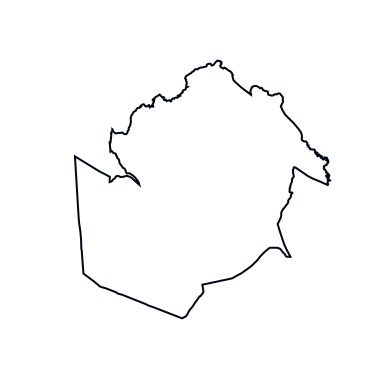 Pokot South, Rift Valley, Kenya, rotated 61°
{"feature_id": "3690345B29187481268385", "entity_name": "Pokot South", "entity_type": "district", "adm_level": 2, "iso_a3": "KEN", "parent_name": "Kenya", "parent_adm1": "Rift Valley", "projection": "orthographic", "projection_center": [35.249, 1.339], "detail": "fine", "context": "isolated", "style": "outline", "palette": "ink", "viewbox_px": 384, "rotation_deg": 61, "n_neighbors": 0, "source": "geoboundaries", "source_scale": "gbopen_adm2", "svg_char_len": 5879}
<svg xmlns="http://www.w3.org/2000/svg" viewBox="0 0 384 384"><g transform="rotate(61 192 192)"><path d="M104.1,277.1L156.6,302.2L163.5,305.4L172.9,309.0L181.3,312.8L187.9,316.3L189.5,316.7L210.7,326.5L223.4,320.8L230.4,318.1L234.3,314.2L243.3,306.7L244.7,306.3L248.1,302.8L267.7,286.8L270.5,284.9L273.5,282.1L297.7,261.9L297.8,258.0L297.6,257.3L296.7,255.2L295.2,253.2L294.0,251.0L292.3,246.6L290.5,243.4L288.4,238.8L287.0,236.2L287.2,235.7L287.0,234.4L286.6,233.8L285.6,231.3L284.6,230.2L278.1,227.9L287.1,198.4L286.9,194.8L287.0,187.9L285.8,177.7L285.0,173.8L284.2,171.3L283.6,168.7L281.4,163.5L279.6,157.4L278.6,152.0L278.6,150.7L281.4,145.7L282.6,143.9L283.7,143.0L285.3,142.2L287.2,142.1L288.7,141.6L289.4,141.7L290.8,141.0L293.2,141.0L294.1,140.9L295.0,139.9L295.4,138.5L295.8,138.1L296.4,137.9L296.5,137.3L288.4,137.2L282.7,136.8L268.7,134.2L261.5,132.6L257.9,127.3L255.9,125.3L254.2,124.6L253.7,124.2L251.9,122.2L251.6,121.2L250.9,120.1L250.6,118.9L249.5,116.8L249.0,115.1L247.9,113.1L247.4,112.6L246.3,112.2L245.8,111.6L244.8,109.0L243.8,107.6L243.2,107.3L241.9,106.0L241.6,104.7L241.0,104.7L240.8,105.2L239.6,106.6L238.2,106.2L237.5,105.4L236.0,104.7L235.7,103.9L235.2,103.5L234.5,103.4L231.1,99.3L229.9,98.5L229.2,98.3L228.7,97.6L228.7,97.0L227.9,95.6L227.4,95.2L224.2,94.4L223.8,93.9L221.6,93.1L221.1,92.1L219.8,90.9L220.0,90.4L221.0,89.5L234.2,82.9L238.8,79.9L244.0,75.7L251.7,69.9L251.1,69.0L250.0,69.3L248.2,67.8L249.0,66.0L248.8,65.6L247.6,66.5L246.5,67.1L245.9,66.9L246.0,65.6L245.7,65.3L245.2,65.3L245.2,66.0L245.0,66.6L243.3,67.0L242.8,66.8L242.6,66.2L242.7,65.6L244.0,64.8L244.4,64.2L243.9,63.8L243.1,63.8L242.6,64.2L242.0,64.4L241.1,64.3L240.6,64.6L240.2,65.2L239.6,65.2L239.1,64.6L237.4,64.8L236.8,64.9L236.3,65.4L235.0,65.2L234.7,64.6L233.5,64.3L233.3,62.9L233.6,61.4L233.4,60.9L232.8,60.3L232.8,59.7L232.4,58.8L231.8,59.1L231.4,58.8L231.1,57.9L230.3,57.6L229.2,59.2L228.6,58.8L228.4,58.3L228.8,57.7L228.2,57.5L227.4,57.5L226.0,59.4L227.3,60.5L227.4,61.2L226.8,61.7L226.2,61.2L224.6,62.6L224.0,62.6L224.1,61.8L223.9,61.2L223.3,61.4L222.3,62.3L221.1,62.6L220.8,63.1L221.8,63.7L221.7,64.7L221.2,64.9L219.7,64.8L219.3,64.5L219.4,63.9L219.9,63.5L219.3,63.4L218.1,63.5L217.6,64.0L217.9,64.6L217.9,65.2L216.4,65.0L216.0,64.5L214.5,64.3L213.9,64.6L213.9,65.1L213.7,65.6L213.0,66.3L211.9,67.9L211.4,68.0L210.9,67.5L209.0,68.4L207.9,67.5L207.2,68.4L206.6,68.4L205.7,67.7L204.9,67.5L204.2,67.7L203.3,67.6L202.9,68.0L202.1,69.4L200.2,70.6L199.6,70.6L198.6,70.2L196.6,68.8L195.3,68.3L192.1,67.8L188.8,68.2L180.6,69.8L169.9,73.0L163.6,73.2L161.8,72.9L160.3,72.9L159.6,72.3L159.3,71.5L158.1,70.0L157.1,68.4L155.2,67.8L153.2,66.6L149.1,67.2L148.5,67.5L147.8,68.4L147.6,69.1L147.6,70.7L146.6,72.5L146.9,74.1L146.1,75.9L145.0,76.9L144.6,77.6L143.7,78.0L143.0,77.9L140.8,77.0L139.0,79.2L137.4,80.3L134.6,80.6L134.5,81.6L134.2,82.1L132.0,83.2L130.8,84.0L130.1,84.9L129.8,85.5L129.3,87.5L129.3,88.3L129.5,89.1L130.6,90.1L131.0,90.9L133.1,92.7L135.0,92.8L135.7,93.2L124.5,98.2L117.6,100.6L114.2,101.5L111.0,100.7L109.3,100.0L109.3,99.5L108.0,99.7L106.8,99.4L105.6,100.0L104.9,100.0L103.7,101.1L102.1,101.6L99.1,103.2L99.3,104.6L98.4,104.9L97.7,105.9L97.0,106.0L96.4,106.3L95.1,106.1L94.5,104.4L93.9,103.9L93.3,104.1L92.9,103.3L92.3,103.3L91.8,103.8L91.1,104.0L91.0,104.6L89.4,106.0L89.8,108.0L91.2,111.5L91.3,112.3L91.1,113.3L90.6,113.5L89.6,113.4L88.8,113.7L88.1,114.8L87.8,116.1L87.8,116.9L88.2,117.7L88.9,118.1L89.1,119.2L88.6,120.6L88.1,122.6L87.3,124.2L87.1,125.8L87.4,127.4L87.3,128.0L86.3,129.3L86.2,129.8L86.3,130.4L87.2,131.9L87.0,133.3L87.6,135.1L87.5,136.6L87.8,141.0L88.0,141.5L89.0,142.7L89.5,143.0L89.9,142.7L90.8,142.8L92.1,143.4L93.1,143.3L93.5,143.6L94.2,143.7L96.4,145.7L97.0,145.7L97.9,144.9L97.8,146.6L98.1,147.1L98.7,147.3L99.2,147.9L98.8,150.4L99.5,151.6L100.3,151.7L100.5,152.1L100.5,153.6L100.7,154.4L101.6,155.7L102.2,155.6L102.2,156.1L101.1,156.8L100.8,157.3L101.0,158.0L102.4,158.2L102.4,158.9L101.3,161.4L101.4,161.9L101.7,162.3L100.9,163.2L100.9,163.8L101.3,164.1L101.6,165.9L102.5,166.2L102.4,166.8L101.2,166.7L100.9,167.1L100.1,170.1L99.5,169.9L98.5,170.2L98.3,171.4L98.1,171.8L96.5,171.5L95.9,170.6L95.3,170.8L94.9,171.4L95.5,171.8L95.1,172.2L92.0,172.7L91.3,172.9L91.0,173.3L91.4,175.2L91.3,177.3L91.5,178.8L91.9,179.3L91.9,180.4L92.2,181.6L92.8,181.9L93.4,181.4L93.5,180.7L94.5,181.6L95.1,181.9L95.2,182.6L96.1,183.6L96.2,184.2L96.6,184.5L97.8,184.7L98.0,184.3L98.5,184.6L97.6,185.9L97.0,186.1L96.9,186.8L97.6,187.9L97.1,188.1L96.0,187.4L95.2,187.4L95.0,187.9L95.2,189.2L94.9,190.9L93.6,191.4L92.2,191.5L91.8,191.9L91.5,192.6L91.7,194.8L92.7,195.0L92.7,195.6L92.3,196.1L92.9,197.1L92.2,198.7L92.5,200.1L93.7,202.0L93.7,204.4L95.1,206.4L95.6,207.7L97.7,209.8L100.8,211.3L102.9,213.0L104.4,214.6L105.2,216.2L105.7,216.6L106.8,217.0L107.2,217.5L107.3,218.3L107.6,218.8L108.6,219.5L109.3,220.7L109.5,221.4L109.3,222.0L108.4,223.1L107.8,223.5L106.3,224.0L106.1,224.8L105.7,225.4L105.5,226.5L104.5,227.9L104.1,229.9L103.8,230.3L103.3,230.7L100.9,231.6L100.7,232.2L99.2,231.1L98.5,231.3L99.8,232.1L100.9,234.0L101.5,234.4L102.3,234.4L102.7,234.9L103.8,235.4L105.1,236.5L107.3,237.9L107.9,238.6L108.7,239.9L109.1,239.3L110.9,241.0L112.0,241.5L112.7,241.6L114.6,242.7L115.1,242.5L115.7,242.7L116.8,243.8L117.3,243.9L117.2,242.7L117.6,242.2L119.5,241.9L120.2,241.5L121.0,240.5L121.7,240.2L123.4,240.6L124.4,240.3L124.9,240.6L126.2,240.8L127.2,240.3L128.1,240.3L129.0,240.4L131.4,241.3L137.3,240.7L138.7,239.7L140.9,239.6L142.1,240.0L143.3,240.1L144.3,239.7L144.6,239.3L145.4,237.4L147.4,236.6L148.8,235.7L151.4,234.8L156.4,234.0L158.0,234.1L160.1,234.6L150.5,237.9L149.3,238.5L146.3,241.1L145.5,243.7L145.5,244.9L144.7,246.0L144.4,247.0L143.9,247.6L142.8,248.1L142.2,249.2L141.6,249.7L141.6,251.1L142.7,253.0L142.8,255.1L143.6,256.4L143.7,257.6L143.4,259.2L138.8,256.5L128.9,263.1L104.1,277.1Z" fill="none" stroke="#020617" stroke-width="2"/></g></svg>